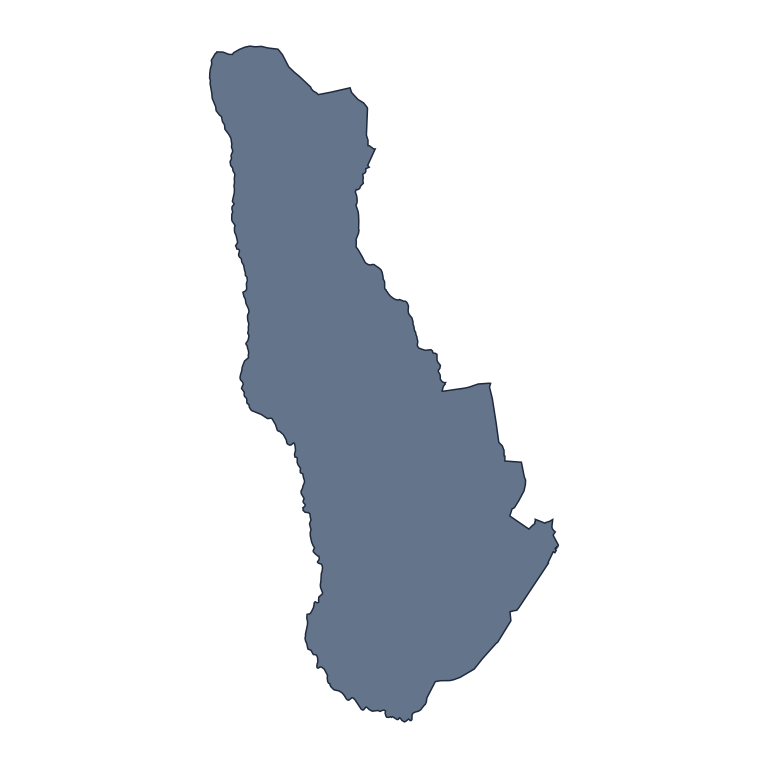 outline of Zumpahuacán, México, Mexico
{"feature_id": "50627088B21458033761284", "entity_name": "Zumpahuacán", "entity_type": "district", "adm_level": 2, "iso_a3": "MEX", "parent_name": "Mexico", "parent_adm1": "México", "projection": "equal_earth", "projection_center": [-99.568, 18.809], "detail": "fine", "context": "isolated", "style": "filled", "palette": "slate", "viewbox_px": 768, "rotation_deg": 0, "n_neighbors": 0, "source": "geoboundaries", "source_scale": "gbopen_adm2", "svg_char_len": 6094}
<svg xmlns="http://www.w3.org/2000/svg" viewBox="0 0 768 768"><path d="M241.7,370.9L240.6,374.4L240.0,377.5L240.4,379.6L242.7,382.3L243.2,383.8L243.2,384.7L242.6,385.4L241.5,388.5L244.3,392.3L244.1,394.9L244.5,396.3L246.4,398.2L246.7,399.0L246.9,402.8L247.4,403.7L248.9,404.5L249.4,407.4L250.9,409.9L251.9,410.7L261.3,414.5L267.5,418.6L271.0,418.2L271.9,418.5L275.5,424.6L277.2,430.0L278.0,430.9L279.8,431.5L283.4,434.7L286.3,440.0L286.8,442.8L287.5,444.0L289.5,445.1L291.0,445.0L293.5,442.9L294.3,443.3L295.1,446.0L295.5,450.3L294.5,454.3L294.9,457.0L296.7,457.4L297.2,458.0L297.2,462.5L298.1,464.9L300.5,468.3L300.2,470.2L300.3,472.6L302.8,473.9L303.5,477.8L304.5,480.5L304.3,482.8L303.0,485.8L302.4,488.5L301.0,491.2L301.2,493.6L304.1,498.5L303.0,501.4L303.4,502.7L304.7,504.0L305.3,505.1L304.6,506.5L302.8,507.8L303.2,508.3L303.0,510.2L305.0,512.2L308.8,512.8L310.1,514.4L310.1,516.3L311.0,519.9L309.5,523.8L311.0,529.7L310.2,532.6L310.3,535.9L311.6,542.0L313.0,545.4L314.5,547.8L313.2,550.6L313.3,551.7L315.3,553.9L318.0,556.1L318.8,556.3L319.3,558.5L319.0,559.7L317.5,561.8L317.5,562.3L318.6,563.3L321.1,564.0L322.2,565.7L322.5,567.6L322.2,570.9L321.3,573.6L320.9,581.0L320.3,584.9L320.6,587.7L322.6,592.9L322.4,593.5L322.1,594.2L318.9,596.9L318.5,600.1L318.8,601.5L318.5,602.4L317.1,602.8L315.3,601.8L314.4,602.3L313.5,607.5L311.7,611.2L310.3,613.4L309.3,614.0L307.1,614.3L306.8,618.3L307.6,621.9L307.4,625.0L305.4,634.5L305.6,635.6L305.0,638.2L305.6,641.1L306.8,643.7L307.7,648.2L308.1,649.2L310.9,650.2L313.3,654.5L316.0,654.8L316.9,655.9L317.5,657.5L317.9,661.3L316.9,665.2L316.9,667.1L317.3,667.9L318.2,668.1L320.2,667.0L321.5,667.0L324.3,669.2L327.5,675.3L327.2,677.8L327.7,681.6L328.6,683.2L330.1,684.0L330.1,685.3L331.3,687.3L334.0,689.8L338.9,690.9L342.0,692.8L344.3,695.5L346.3,698.9L347.6,700.0L348.7,700.2L352.1,697.7L353.4,698.2L355.0,699.8L361.3,709.3L362.9,710.1L363.8,709.7L365.8,707.1L367.0,707.4L369.1,709.5L372.2,711.2L378.0,710.5L379.9,711.4L383.0,710.2L384.1,710.1L385.5,711.0L385.1,713.3L386.0,716.2L386.7,717.2L388.8,717.4L390.4,716.7L391.4,717.4L392.5,716.7L397.2,719.6L398.5,719.2L399.4,717.8L400.5,718.4L401.9,720.4L404.4,721.9L405.8,721.3L408.5,719.1L409.6,719.7L409.9,720.4L411.0,720.6L411.9,719.7L412.1,714.5L413.3,713.0L415.3,712.0L418.2,711.3L420.5,710.0L424.2,705.3L425.3,704.4L426.3,702.0L426.9,697.9L435.3,681.6L440.5,680.7L449.7,680.6L453.5,679.8L460.0,677.4L474.3,669.0L482.2,659.0L495.9,643.6L497.7,642.2L510.9,620.8L510.0,611.8L513.5,610.8L516.8,610.3L518.9,607.6L547.5,564.6L548.5,563.1L548.1,562.5L553.2,551.8L554.9,552.7L556.1,550.7L555.7,550.4L555.8,548.8L555.2,548.7L555.6,547.8L556.6,548.3L556.7,546.8L557.7,546.9L558.4,545.1L553.3,535.6L553.5,534.4L555.3,531.9L553.6,530.4L552.4,528.8L551.9,526.8L552.7,519.5L549.7,521.3L545.8,522.5L545.1,523.2L535.2,519.3L535.3,521.7L534.8,522.1L534.7,523.7L532.4,525.5L528.9,529.1L509.8,516.0L512.1,508.8L513.7,508.2L514.6,507.4L518.8,500.7L524.0,490.9L525.4,484.5L525.6,480.1L524.3,477.0L521.4,462.2L504.9,461.0L504.9,456.1L504.1,456.0L504.0,450.4L502.3,445.9L498.8,442.3L496.2,423.3L492.3,398.5L489.5,387.1L490.6,383.4L489.6,383.2L478.2,384.0L469.5,387.0L465.5,388.0L442.4,391.3L442.1,391.1L443.3,386.5L445.2,384.0L445.0,383.4L445.5,382.6L444.3,382.7L441.9,381.5L440.3,379.1L440.3,376.0L439.8,374.1L438.2,371.4L438.5,370.2L439.9,368.3L440.4,365.4L437.6,361.8L437.0,359.9L437.0,354.4L435.3,353.3L433.2,353.1L432.3,350.8L431.0,349.7L425.0,350.3L418.9,348.1L417.6,346.4L417.3,345.1L417.8,341.5L416.9,337.7L416.9,336.8L416.0,334.7L415.5,332.0L414.9,331.3L414.1,328.7L414.1,327.3L413.0,323.8L413.0,321.7L411.9,317.9L409.3,314.7L408.5,313.1L408.1,310.8L408.5,306.5L407.9,304.4L406.8,302.3L405.4,301.2L403.9,301.2L399.4,299.5L398.2,300.1L395.9,299.6L393.7,298.6L390.7,296.4L388.1,293.4L387.5,292.1L386.4,291.1L386.1,289.9L384.9,289.0L384.7,288.3L384.6,281.9L383.9,280.2L383.1,279.1L383.1,277.1L382.2,272.5L381.1,269.9L379.0,268.0L374.2,264.7L372.9,264.4L370.1,265.0L367.9,264.4L365.7,263.0L364.8,261.8L362.1,256.5L357.9,249.3L356.1,247.0L356.3,241.6L356.1,239.3L358.5,233.3L359.0,230.0L358.6,229.1L358.8,221.0L358.5,214.5L358.1,211.6L355.9,205.0L356.8,203.5L357.2,201.2L357.0,198.1L356.6,195.6L355.3,191.9L356.2,189.6L357.3,189.8L359.6,188.6L360.6,186.0L363.3,183.3L362.9,180.5L363.3,177.4L362.7,174.4L365.3,172.6L365.8,171.4L365.8,168.7L369.2,167.2L367.7,165.4L375.2,148.9L373.8,149.0L369.4,145.8L368.0,145.6L368.0,140.2L366.4,135.2L367.5,108.7L367.3,107.6L363.7,103.0L357.9,99.4L352.2,93.2L351.5,92.3L350.1,87.8L330.4,92.3L318.2,94.6L316.7,93.0L313.4,91.1L311.3,88.8L310.7,87.1L299.6,76.6L294.5,72.4L288.7,66.8L282.4,54.6L278.0,49.2L267.5,47.9L261.5,46.4L255.2,46.8L249.8,46.1L244.8,47.2L239.4,49.4L233.6,52.7L232.5,54.4L229.0,54.4L223.0,52.1L216.9,51.9L215.9,53.4L215.4,53.4L211.3,60.3L211.7,62.7L211.6,64.6L210.3,69.1L209.8,73.3L209.6,78.2L210.4,80.0L210.1,83.7L211.8,93.3L212.2,98.3L215.7,106.8L216.1,110.6L219.5,115.1L221.4,116.5L222.5,121.7L224.5,124.9L224.9,129.2L228.9,134.5L230.9,138.3L231.8,144.0L231.5,147.1L232.7,150.7L232.4,152.4L231.6,153.8L231.0,155.9L231.5,158.0L231.2,159.6L230.1,161.4L230.1,162.0L230.7,165.6L232.6,168.0L233.0,170.9L234.6,173.6L234.8,174.9L234.3,178.4L234.5,183.0L233.9,185.7L234.4,188.6L234.3,192.7L232.5,200.6L232.5,201.7L234.2,203.9L232.2,206.5L231.9,207.8L232.0,209.5L232.7,211.9L231.8,214.4L231.7,219.5L232.2,221.3L235.0,225.3L234.4,227.8L234.5,231.1L234.8,232.6L236.0,235.2L237.5,241.5L237.3,243.2L235.6,245.6L235.7,246.2L236.5,247.5L236.8,249.0L238.6,249.3L239.2,250.0L239.5,250.9L238.6,254.4L238.7,255.6L239.4,257.0L241.2,258.6L241.8,262.1L243.7,265.4L244.5,270.1L245.3,272.6L245.4,275.5L246.7,276.8L247.1,277.6L247.0,278.4L247.4,280.3L246.4,283.5L246.7,288.9L245.7,290.8L242.9,292.3L244.0,296.8L245.2,298.7L246.0,303.5L248.4,308.7L249.0,311.1L248.7,312.7L247.6,315.2L247.5,316.1L247.7,320.1L248.8,323.9L248.3,326.9L248.4,330.2L247.7,333.2L248.8,335.1L248.9,336.4L248.0,340.3L245.9,343.4L246.1,344.5L247.2,345.8L247.5,347.9L248.4,350.6L248.7,353.2L248.2,355.3L248.6,357.5L244.5,361.1L242.2,367.1L241.7,370.9Z" fill="#64748b" stroke="#1e293b" stroke-width="1.5"/></svg>